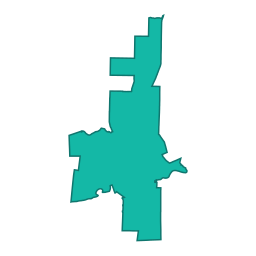 Slobozia, Ialomita, Romania
{"feature_id": "2599482B59701946957193", "entity_name": "Slobozia", "entity_type": "district", "adm_level": 2, "iso_a3": "ROU", "parent_name": "Romania", "parent_adm1": "Ialomita", "projection": "natural_earth1", "projection_center": [27.382, 44.608], "detail": "fine", "context": "isolated", "style": "filled", "palette": "teal", "viewbox_px": 256, "rotation_deg": 0, "n_neighbors": 0, "source": "geoboundaries", "source_scale": "gbopen_adm2", "svg_char_len": 5565}
<svg xmlns="http://www.w3.org/2000/svg" viewBox="0 0 256 256"><path d="M71.0,202.0L71.5,201.8L72.1,201.7L72.3,201.7L73.2,201.7L73.7,201.6L74.1,201.6L76.3,201.5L77.1,201.4L77.8,201.2L78.4,201.0L79.0,200.9L79.6,200.8L81.7,200.6L82.6,200.4L83.6,200.3L85.6,199.8L86.9,199.3L87.3,199.1L88.9,198.7L89.3,198.7L90.2,198.7L90.6,198.7L91.1,198.7L91.3,198.6L92.0,198.3L92.3,198.0L92.7,197.7L93.1,197.5L93.5,197.4L93.8,197.3L94.4,197.2L95.9,196.9L96.6,196.6L97.6,196.2L97.8,196.0L98.1,195.5L98.0,195.4L97.9,195.2L97.7,195.1L97.3,194.9L96.5,194.5L96.2,194.0L96.0,193.8L95.8,193.2L95.9,192.6L96.5,191.3L96.8,190.9L96.9,190.6L97.4,190.1L97.8,189.8L98.4,189.3L99.0,189.1L99.3,188.9L99.7,188.8L100.2,188.8L100.6,188.8L101.0,188.8L101.6,189.0L102.0,189.3L102.4,189.8L102.7,190.2L102.8,190.6L102.8,190.9L102.7,191.3L102.5,191.6L102.4,192.2L102.6,192.4L103.2,192.4L104.1,192.3L105.2,192.3L105.9,192.1L109.3,191.3L109.5,191.1L110.1,189.6L110.3,188.6L110.4,187.7L110.3,187.0L110.1,185.8L111.0,185.3L112.0,185.0L113.5,188.8L113.7,189.6L114.3,191.3L115.0,193.0L115.3,192.9L115.8,192.6L116.1,192.3L116.6,191.7L124.4,197.4L124.2,197.5L123.7,197.6L122.8,197.4L122.1,198.1L122.3,198.4L122.7,198.8L123.0,199.6L123.2,200.2L123.3,200.8L123.2,205.1L122.8,205.1L122.8,205.4L122.8,205.6L122.9,206.1L123.1,206.1L122.9,210.8L122.5,211.0L122.4,211.1L122.6,212.3L122.9,212.4L122.6,220.4L122.6,220.5L122.3,227.6L122.2,230.7L122.8,230.7L126.2,230.7L130.0,230.7L131.2,230.8L138.4,230.9L137.1,240.6L144.7,240.3L147.0,240.2L150.5,240.0L158.9,239.7L160.9,239.6L160.9,239.4L160.8,234.5L160.8,232.2L160.8,229.6L160.6,221.0L160.6,219.3L160.6,216.6L160.6,212.5L160.7,211.7L160.7,208.8L160.7,207.1L160.7,204.9L160.7,202.7L160.7,200.1L160.7,199.3L160.7,197.5L160.7,195.7L160.7,194.1L160.7,190.6L160.8,189.4L160.8,187.8L159.4,187.8L156.6,187.7L156.8,185.8L156.9,182.4L154.9,182.3L154.8,181.0L156.3,180.9L156.3,179.8L157.4,180.0L157.7,180.0L158.2,179.8L159.0,179.6L159.5,179.6L159.8,179.7L160.2,179.6L160.6,179.5L161.2,179.1L161.7,178.6L162.3,178.1L162.7,177.9L163.2,177.7L164.2,178.0L165.1,178.1L166.2,178.1L166.6,178.0L167.1,177.9L167.6,177.7L168.0,177.5L168.4,177.2L168.7,176.9L168.9,176.7L169.5,175.2L170.0,174.2L170.9,172.8L171.4,172.2L171.9,171.6L172.2,171.3L172.5,171.1L173.1,170.8L173.7,170.6L174.2,170.5L175.0,170.5L175.7,170.5L176.5,170.6L177.4,170.9L178.0,171.0L178.9,171.2L180.5,171.8L182.3,172.3L183.2,172.5L184.2,172.6L185.2,172.7L185.7,172.7L186.0,172.6L186.3,172.4L186.7,172.1L186.8,171.9L186.9,171.4L186.9,171.2L186.9,170.5L186.5,170.0L186.3,169.8L186.1,169.5L185.7,168.7L185.6,168.3L185.7,168.1L185.3,167.8L183.8,167.0L183.4,166.8L183.0,166.5L182.6,165.5L181.9,165.3L181.4,165.1L180.9,164.9L181.2,164.5L179.7,162.7L180.8,158.3L179.7,158.8L177.2,159.9L177.1,160.0L176.1,160.4L174.2,161.2L173.1,161.6L171.5,162.4L169.5,163.1L169.4,163.0L168.7,162.5L167.0,161.2L166.5,160.9L165.2,159.5L164.4,158.4L162.7,156.4L162.6,155.6L162.4,155.2L162.1,154.6L163.6,153.9L166.3,152.7L167.1,152.4L165.5,146.1L164.5,142.8L164.5,142.5L164.3,142.0L160.6,136.8L159.9,135.6L159.7,135.3L159.4,135.0L159.3,134.8L158.8,134.6L158.6,134.4L158.7,131.2L158.8,126.4L158.9,125.4L159.1,119.3L159.4,112.5L159.4,112.1L159.5,108.8L159.5,106.9L159.6,105.3L159.6,103.2L159.7,100.4L159.7,98.6L159.7,94.7L159.7,92.3L159.8,86.5L157.5,86.4L152.7,86.3L151.9,86.3L152.8,84.4L153.3,83.2L154.0,81.7L154.6,80.5L155.1,79.3L155.4,78.8L155.8,77.8L156.2,76.7L156.4,76.1L157.0,74.7L157.3,74.0L157.4,73.5L157.5,73.2L157.8,72.5L158.0,72.1L158.2,71.4L158.8,69.8L159.0,69.3L160.2,66.3L160.5,65.3L160.8,64.1L160.9,63.5L160.9,62.7L160.9,61.4L160.9,60.7L161.0,59.4L161.0,58.6L161.0,57.8L161.0,57.1L161.0,54.9L161.2,47.8L161.2,41.7L161.3,39.3L161.3,36.9L161.3,36.5L161.5,26.9L161.5,26.7L161.6,22.9L161.6,22.1L161.7,21.5L161.8,21.0L161.8,20.6L161.9,20.1L162.1,19.5L163.2,16.6L163.3,16.2L163.5,15.4L163.1,15.6L162.7,15.9L162.6,16.1L162.4,17.2L162.3,17.4L162.0,17.8L161.7,18.0L161.1,18.2L160.9,18.3L159.5,17.9L157.8,17.9L156.8,17.9L155.6,18.2L155.4,18.3L154.9,18.4L154.4,18.4L154.0,18.2L153.8,18.1L152.8,18.0L152.4,18.0L152.0,18.0L151.8,18.0L151.5,17.8L151.3,17.7L150.9,17.6L150.7,17.6L150.4,17.5L150.2,17.5L149.7,17.7L149.3,17.8L148.9,17.9L148.5,36.3L134.9,36.2L134.7,47.9L134.5,58.3L110.5,57.9L110.2,75.2L134.2,75.5L134.2,75.8L134.1,76.1L134.0,79.2L134.1,79.4L134.2,79.6L134.2,80.1L134.2,80.5L134.2,81.4L134.1,81.8L131.8,88.7L131.6,91.3L131.5,91.5L126.3,91.6L123.5,91.5L122.7,91.5L122.6,91.2L111.7,91.1L110.1,91.1L109.9,97.6L109.8,97.8L109.5,111.6L109.4,111.6L109.3,121.3L109.3,121.9L110.2,126.2L110.7,127.5L111.0,127.8L111.2,128.3L111.4,129.0L111.6,129.6L112.3,130.8L112.6,131.6L111.9,131.7L111.8,132.1L111.5,132.4L111.4,132.5L111.0,132.7L110.7,132.7L110.4,132.6L110.0,132.2L109.6,131.9L109.4,131.8L109.1,131.7L109.1,132.0L107.9,131.9L106.9,131.6L106.5,131.4L106.2,131.0L105.8,130.6L105.4,130.3L105.3,130.2L105.1,129.7L104.8,129.1L104.6,128.9L103.9,128.7L103.2,128.6L101.5,128.2L101.3,128.2L101.1,128.4L100.8,128.8L100.6,129.2L99.7,130.2L98.6,130.9L97.9,131.3L97.6,131.4L97.1,131.5L96.3,131.6L95.7,131.7L95.4,131.8L94.9,132.1L94.1,132.6L93.8,132.8L92.9,133.2L91.9,133.7L91.7,133.8L90.8,134.6L90.4,134.7L90.2,134.8L89.8,135.0L89.6,135.1L89.4,135.1L89.0,135.1L88.7,135.0L88.2,134.8L87.8,134.7L87.6,134.6L87.4,134.4L86.0,133.5L85.8,133.3L85.5,132.9L85.4,132.7L84.8,132.1L84.5,131.8L84.1,131.5L83.5,131.2L83.2,131.1L82.7,131.0L82.3,131.0L82.2,131.0L82.5,131.5L81.4,131.9L81.1,131.3L69.1,135.4L69.4,144.6L69.6,149.3L69.8,156.1L80.2,156.1L78.4,170.4L74.4,169.8L73.6,175.3L72.4,187.0L71.0,201.7L71.0,202.0Z" fill="#14b8a6" stroke="#0f766e" stroke-width="1.5"/></svg>